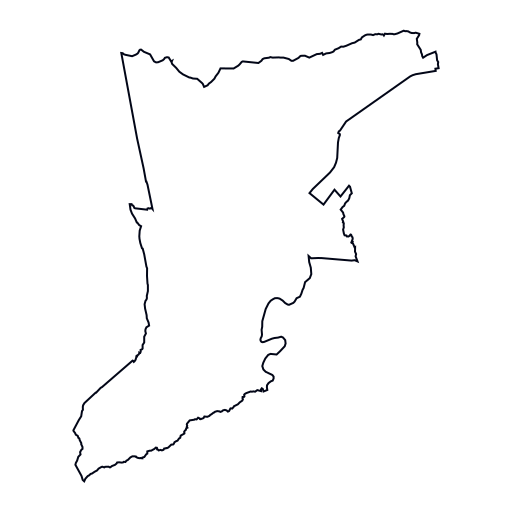 outline of Berca, Buzau, Romania, rotated 270°
{"feature_id": "2599482B72560030145158", "entity_name": "Berca", "entity_type": "district", "adm_level": 2, "iso_a3": "ROU", "parent_name": "Romania", "parent_adm1": "Buzau", "projection": "robinson", "projection_center": [26.655, 45.298], "detail": "fine", "context": "isolated", "style": "outline", "palette": "ink", "viewbox_px": 512, "rotation_deg": 270, "n_neighbors": 0, "source": "geoboundaries", "source_scale": "gbopen_adm2", "svg_char_len": 6007}
<svg xmlns="http://www.w3.org/2000/svg" viewBox="0 0 512 512"><g transform="rotate(270 256 256)"><path d="M477.7,382.5L477.5,381.4L478.2,378.4L477.7,377.4L477.8,375.2L476.9,373.1L477.5,370.8L477.5,367.7L477.2,366.3L476.6,364.9L474.6,361.9L472.6,360.8L472.1,358.9L469.4,354.7L468.8,352.1L466.2,346.2L465.3,343.4L465.4,341.1L463.8,338.6L462.3,334.9L460.5,333.5L459.8,332.1L459.0,329.6L458.6,326.2L457.1,323.1L459.1,322.1L458.2,320.1L457.9,316.8L454.4,309.3L456.3,304.9L456.2,301.1L455.9,300.3L454.1,298.5L451.2,293.1L451.2,291.4L453.0,288.8L454.4,283.5L454.4,280.5L454.6,278.8L454.4,272.6L454.9,270.3L454.3,269.0L453.7,264.3L452.9,262.6L451.2,261.4L449.0,258.4L450.6,242.8L450.1,241.7L447.6,239.6L446.3,238.2L443.5,233.6L443.6,220.5L439.2,218.4L435.6,215.6L433.3,214.4L430.0,211.1L428.4,208.9L426.7,207.6L425.1,204.1L428.1,202.8L428.9,202.1L433.2,197.2L433.5,192.9L434.4,190.4L434.5,189.3L437.6,183.0L440.3,179.3L444.1,176.2L448.0,172.2L449.9,171.5L451.1,172.0L450.6,171.1L454.5,168.7L454.8,167.0L454.2,164.9L452.8,164.0L451.7,162.7L449.8,158.2L449.6,156.5L449.7,155.8L450.7,154.0L457.6,150.1L460.2,143.9L462.4,141.1L462.3,140.1L461.7,139.4L459.2,138.2L458.4,137.5L457.4,135.9L455.8,132.1L457.2,125.4L457.7,123.9L458.8,122.7L459.0,121.3L373.5,137.1L343.7,143.6L330.5,146.0L330.5,146.4L327.3,147.5L302.9,152.5L304.1,151.4L303.4,149.9L303.8,148.5L303.5,147.5L302.3,147.2L303.7,135.1L304.1,134.3L305.7,133.7L306.5,133.0L306.6,132.2L307.9,131.6L307.9,129.7L302.3,130.5L298.4,132.0L293.5,135.1L289.5,136.8L289.4,137.3L286.9,139.2L285.8,141.1L281.4,139.7L275.7,139.3L273.2,139.5L269.0,140.3L263.7,142.0L263.4,142.7L257.7,144.2L245.5,146.4L243.7,147.1L236.1,147.0L228.3,147.5L227.0,147.9L220.9,147.9L216.1,146.8L213.9,146.9L212.5,146.5L211.2,145.5L207.8,144.6L203.4,145.1L196.9,146.6L193.7,146.8L189.4,148.6L186.4,149.1L184.7,146.4L182.7,145.5L181.0,145.3L178.5,145.9L175.3,144.2L169.5,144.2L167.0,142.6L163.5,142.6L162.8,142.2L162.1,140.6L160.3,140.7L159.1,140.2L159.4,139.3L158.7,139.4L157.3,138.4L156.3,136.8L155.7,137.0L155.5,136.4L154.9,136.6L154.2,136.1L152.3,135.6L150.8,134.6L150.1,133.8L151.2,133.1L151.4,132.6L124.9,102.0L124.2,100.7L119.3,96.1L119.4,95.7L108.9,84.4L106.7,83.1L105.1,82.8L102.2,82.9L100.9,82.0L95.7,81.2L91.9,78.8L81.7,73.4L81.1,73.5L78.8,75.2L77.3,75.8L76.2,77.7L74.1,78.4L73.8,79.1L73.4,79.4L71.9,79.7L68.8,81.3L67.8,81.2L65.0,82.5L63.1,82.5L62.1,81.3L59.9,80.1L57.5,80.5L55.2,78.3L51.3,77.1L49.2,75.9L47.2,75.4L36.1,81.5L32.1,82.7L30.7,84.2L33.3,85.4L35.9,87.7L36.7,89.2L38.1,90.6L38.4,91.9L40.3,94.7L41.5,97.0L43.4,98.6L44.9,101.2L45.3,102.2L44.6,104.3L45.2,105.1L45.3,108.6L44.6,109.9L44.7,110.3L46.0,112.0L47.1,114.9L48.5,116.6L49.5,117.1L49.7,119.2L49.4,121.7L49.6,123.1L50.2,123.8L50.0,125.4L51.4,126.5L52.0,127.8L54.6,130.4L55.7,132.4L55.7,134.9L55.2,135.7L55.4,136.0L54.3,137.2L53.8,139.4L54.0,140.7L53.7,141.2L54.0,141.9L53.8,142.4L54.5,142.5L55.0,144.3L57.7,146.2L58.4,147.3L60.6,147.3L61.3,149.7L61.3,151.1L63.1,154.4L64.4,155.8L64.2,156.9L62.6,157.1L62.4,158.0L61.6,158.6L62.1,160.7L61.6,161.9L62.2,163.5L63.5,164.2L63.6,165.8L64.0,166.2L63.9,167.0L64.5,168.3L67.4,171.3L67.5,173.1L68.2,173.8L69.8,174.5L70.9,176.3L71.3,177.5L73.5,179.0L74.2,180.2L76.4,180.7L78.4,184.3L78.9,184.5L80.0,184.1L81.4,184.9L82.2,185.9L83.7,186.2L84.3,187.4L85.3,186.8L86.3,187.2L87.4,186.8L88.3,187.0L91.6,189.7L92.3,194.3L92.8,195.0L92.6,196.6L94.3,198.1L93.5,199.8L92.9,200.0L92.8,200.6L93.9,203.5L95.5,204.4L95.2,207.3L96.1,209.4L97.2,210.4L97.6,211.3L99.4,213.6L99.5,214.2L100.2,214.9L100.9,217.2L100.6,219.5L100.1,220.3L100.6,221.8L101.7,223.1L102.1,224.9L101.6,226.6L100.4,227.9L101.0,229.1L103.5,230.4L103.7,230.9L103.4,232.1L104.8,233.5L105.7,233.9L107.7,237.9L109.6,239.7L111.4,242.3L112.8,242.9L113.6,242.5L115.0,242.6L115.1,244.0L115.5,244.4L117.4,244.2L118.1,244.9L118.9,246.3L120.5,250.7L120.3,251.9L120.6,253.5L120.3,255.1L121.9,257.3L120.9,261.0L122.6,261.0L123.7,261.8L123.0,262.8L120.5,263.5L122.0,267.3L124.6,266.9L126.7,267.0L128.9,268.5L130.7,270.9L131.4,272.7L133.5,273.6L135.4,273.6L137.0,272.4L140.2,265.7L142.5,263.4L145.9,262.3L149.3,263.3L153.5,265.3L157.1,268.2L158.1,270.5L157.5,276.6L160.7,280.0L165.7,284.7L168.5,285.6L171.9,285.2L174.5,283.0L175.3,281.2L174.4,278.0L174.0,274.5L173.3,271.9L170.1,264.2L169.8,262.6L170.1,261.5L171.0,260.8L172.1,260.4L173.7,260.7L175.6,261.7L177.4,262.0L182.2,261.6L185.2,262.2L190.8,262.3L203.0,265.7L208.6,268.5L211.3,270.7L212.8,273.0L213.8,274.9L213.9,277.5L213.4,279.6L211.4,282.7L209.0,285.1L207.5,287.6L207.2,289.0L209.1,293.3L210.4,294.6L213.8,296.6L215.3,299.9L218.2,301.3L222.2,302.6L224.0,303.6L229.9,305.1L233.9,309.8L237.9,311.3L244.3,310.8L249.9,309.2L256.0,308.6L253.7,311.1L254.0,318.2L253.9,321.9L251.4,351.6L251.8,354.6L250.6,357.5L255.7,355.6L257.9,356.1L260.4,355.0L264.7,355.1L264.4,354.7L268.5,353.0L268.9,352.1L270.0,352.5L269.9,351.5L273.1,352.7L274.7,352.5L275.5,351.8L277.1,351.2L277.5,350.7L277.3,350.3L276.4,349.8L275.5,348.5L275.6,346.8L276.5,346.4L276.7,344.6L278.4,343.9L282.4,343.1L284.6,343.8L286.6,343.6L288.8,343.8L289.6,342.9L290.4,343.2L293.1,342.1L295.0,344.2L295.7,344.4L297.9,343.4L299.4,343.1L302.4,340.7L305.0,342.6L306.2,344.2L308.6,345.1L310.6,346.9L310.8,347.5L312.4,348.6L313.9,349.3L316.8,349.9L318.7,351.8L325.3,350.0L326.3,349.0L315.5,340.5L322.3,334.5L307.4,323.5L318.9,309.5L323.0,312.8L339.5,330.0L344.8,334.1L349.3,336.0L354.0,337.2L369.6,338.0L374.0,338.8L377.0,339.9L377.9,339.8L379.0,338.2L380.6,338.8L381.4,340.0L390.5,346.1L435.6,410.2L436.8,412.6L437.8,415.8L441.1,435.7L443.3,435.4L443.8,438.6L447.8,437.9L449.9,438.2L451.8,437.1L457.6,436.5L459.5,435.6L460.3,435.5L456.9,427.0L454.3,423.1L455.7,422.3L457.8,421.9L459.6,421.1L462.2,420.7L467.7,417.2L469.5,417.3L473.2,416.8L476.8,419.1L478.2,419.4L479.3,415.7L478.9,414.1L479.0,411.6L479.6,409.9L480.6,408.3L480.9,406.5L480.8,405.2L481.3,403.7L478.5,397.4L477.8,394.8L477.7,393.8L478.1,392.5L478.2,389.8L478.0,387.2L478.3,384.9L476.5,383.9L477.2,383.4L477.7,382.5Z" fill="none" stroke="#020617" stroke-width="2"/></g></svg>